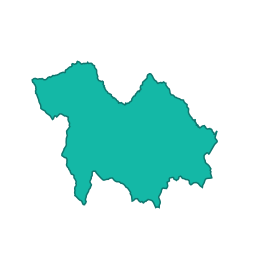 outline of Saraguro, Loja, Ecuador, rotated 333°
{"feature_id": "8360857B4776298104783", "entity_name": "Saraguro", "entity_type": "district", "adm_level": 2, "iso_a3": "ECU", "parent_name": "Ecuador", "parent_adm1": "Loja", "projection": "robinson", "projection_center": [-79.307, -3.527], "detail": "fine", "context": "isolated", "style": "filled", "palette": "teal", "viewbox_px": 256, "rotation_deg": 333, "n_neighbors": 0, "source": "geoboundaries", "source_scale": "gbopen_adm2", "svg_char_len": 5806}
<svg xmlns="http://www.w3.org/2000/svg" viewBox="0 0 256 256"><g transform="rotate(333 128 128)"><path d="M167.3,214.7L168.6,212.9L170.9,211.4L172.7,209.6L173.6,208.9L174.4,208.7L175.5,208.8L179.3,210.3L180.1,210.4L181.0,205.6L182.0,204.7L182.0,203.0L183.3,202.0L183.0,198.4L182.4,196.5L181.8,195.5L181.3,193.8L181.9,192.2L182.0,189.9L182.5,188.5L183.3,187.1L184.3,186.5L186.9,185.9L187.7,186.4L188.2,187.9L188.8,187.7L197.6,182.0L201.1,180.8L201.5,180.1L201.5,179.2L201.1,177.3L201.1,176.4L201.5,175.7L206.0,171.0L204.4,171.8L203.5,173.0L202.1,173.0L201.8,172.6L202.3,171.5L201.6,169.5L201.9,167.5L201.5,166.6L200.8,166.4L200.7,165.6L198.2,165.0L197.4,163.5L197.5,162.2L197.1,162.0L197.2,161.5L197.0,160.8L197.1,160.6L195.7,160.1L194.3,160.1L193.5,160.4L192.1,160.5L192.0,159.8L191.5,159.6L191.2,159.2L191.5,159.0L191.2,158.6L191.3,158.3L191.1,158.1L191.5,157.7L191.0,157.2L191.4,157.2L191.4,156.8L190.4,156.4L190.8,155.8L190.8,153.3L190.2,152.8L190.5,152.9L191.1,152.0L190.7,152.0L191.3,151.3L190.7,151.2L190.6,150.7L190.0,150.7L189.7,150.4L189.3,148.8L189.5,148.1L189.3,147.1L188.8,145.9L188.9,145.1L188.7,143.7L188.9,141.6L189.1,141.3L189.2,140.9L190.7,138.5L190.5,137.1L190.1,136.5L190.5,135.2L191.3,133.9L190.4,132.3L190.0,131.0L189.8,129.6L190.1,128.3L187.9,126.9L187.3,125.5L185.4,123.7L184.9,122.7L184.3,122.4L183.7,121.4L183.7,120.7L183.0,119.0L181.5,118.1L181.4,115.7L182.0,114.1L182.4,112.1L182.3,111.4L181.8,110.7L181.2,107.1L182.0,105.4L181.6,105.3L181.2,104.1L180.4,103.5L180.5,103.2L178.6,103.3L178.0,102.3L176.9,102.2L176.1,101.8L175.1,102.0L174.8,101.8L174.5,100.9L174.5,99.4L173.4,97.3L173.2,95.1L173.3,92.8L173.0,90.7L172.8,90.1L171.8,89.4L169.7,89.6L168.4,90.8L168.2,91.5L167.2,92.4L161.9,93.9L161.3,94.7L160.5,96.1L158.9,96.1L158.2,96.5L157.1,97.9L157.3,98.6L157.1,99.3L156.6,99.6L155.0,99.8L154.7,100.7L154.4,100.7L153.7,99.8L153.1,99.8L151.4,100.9L149.9,101.4L149.2,102.5L147.5,102.3L146.3,102.9L144.6,103.9L143.9,105.0L143.2,105.5L141.5,105.6L140.0,106.3L139.4,105.8L138.0,105.8L137.3,104.8L136.8,105.2L136.6,105.8L135.7,106.0L134.4,104.1L133.6,102.4L132.8,102.4L132.1,101.6L131.1,101.7L130.9,101.5L131.3,99.8L131.0,99.2L130.4,98.5L130.4,97.0L129.9,96.4L129.8,95.6L129.3,94.8L128.4,94.7L128.5,93.6L127.7,92.3L128.2,90.8L127.7,89.8L127.0,89.4L126.8,88.6L126.0,87.9L126.0,86.3L125.3,84.6L125.4,83.1L125.1,82.3L125.6,81.4L125.1,80.3L126.0,79.8L125.6,77.7L126.2,77.2L126.9,75.6L126.3,74.5L125.3,74.5L124.9,74.3L124.5,73.3L123.5,72.4L123.4,72.0L123.4,69.6L124.5,68.3L124.9,65.1L126.1,62.6L126.3,61.9L125.7,58.8L126.4,57.3L125.0,55.3L125.2,54.5L124.6,53.6L122.0,52.5L121.9,51.2L121.0,51.7L120.4,51.7L119.3,51.1L118.7,51.1L118.5,50.7L117.7,50.3L115.7,50.0L115.3,49.5L114.5,47.1L113.2,45.7L112.5,46.0L111.7,47.1L111.2,47.2L109.2,46.9L108.0,45.6L107.5,45.5L106.9,45.8L106.3,47.3L105.0,47.6L103.9,47.2L102.2,47.5L100.5,48.1L99.0,48.0L98.1,48.6L97.5,49.8L96.9,50.0L96.0,49.2L95.1,48.8L92.2,48.4L90.9,48.7L88.8,48.6L87.4,48.1L86.6,48.1L84.7,47.1L83.8,47.5L82.7,47.4L82.1,47.8L81.6,47.5L81.3,46.8L79.4,46.7L78.6,47.2L76.7,47.6L75.1,46.9L73.9,44.9L72.7,44.9L72.1,44.2L70.8,43.8L69.7,43.6L67.9,41.7L66.6,41.3L64.4,41.7L64.5,42.2L64.1,42.8L63.9,44.0L64.5,45.3L64.4,46.4L64.7,47.6L64.6,48.7L64.3,50.2L63.6,51.2L63.5,52.2L62.5,52.9L61.9,54.3L61.9,54.9L61.5,55.2L62.1,56.8L61.8,57.1L61.3,62.0L60.6,64.6L60.6,67.7L59.9,69.8L59.3,70.7L59.4,71.3L60.1,72.7L61.8,75.1L61.9,76.8L62.2,77.9L64.2,81.7L64.6,86.1L65.8,85.9L65.9,85.6L66.7,84.9L68.4,84.0L69.3,84.9L69.5,85.8L72.9,84.6L73.8,84.5L75.1,85.3L77.0,88.5L78.1,89.0L78.5,89.7L79.4,90.6L79.7,91.3L79.2,91.7L79.1,92.3L78.4,93.3L78.1,94.8L78.2,97.1L76.8,99.1L76.8,100.4L71.9,102.9L71.0,105.0L70.5,107.2L68.4,109.2L66.5,112.5L65.3,115.2L64.2,116.1L61.5,117.6L61.5,117.8L60.1,119.1L57.4,121.1L56.6,122.5L56.9,123.3L57.5,124.0L57.8,125.1L58.3,125.7L59.2,126.2L59.4,126.6L59.2,127.4L59.5,127.8L59.1,129.2L58.7,129.4L57.8,131.3L56.6,132.7L56.3,133.6L56.4,135.5L56.8,136.5L56.6,138.2L57.0,139.7L56.7,140.6L56.6,143.2L56.9,143.7L57.6,144.2L58.3,145.7L57.3,147.9L57.6,149.6L57.5,152.0L57.5,152.3L56.3,153.7L56.3,154.7L56.0,155.3L55.2,156.1L54.0,156.5L52.9,158.0L52.5,159.5L52.0,160.0L51.5,161.0L51.1,161.4L50.6,163.4L50.0,164.1L50.6,165.1L51.7,168.9L52.5,170.7L53.2,171.4L53.6,172.5L53.3,173.9L53.4,174.5L53.3,175.5L53.5,176.0L54.5,176.6L55.3,175.9L56.3,175.6L57.4,174.4L57.2,173.3L57.9,171.9L59.5,170.4L60.3,169.0L60.9,168.8L61.3,168.3L62.1,168.0L62.8,167.2L63.7,166.9L65.3,165.1L67.0,164.4L67.6,163.9L68.1,163.1L69.0,162.7L69.6,162.0L69.5,159.8L69.6,158.8L70.0,158.1L72.4,156.2L73.1,154.9L74.4,154.2L76.1,151.0L77.5,150.7L79.4,151.8L79.3,153.3L80.0,156.3L81.4,161.0L82.3,163.1L83.2,163.6L85.9,164.1L87.2,164.8L88.3,164.5L89.4,164.6L91.0,165.2L91.5,165.7L91.9,168.0L92.5,169.4L93.4,170.6L95.6,171.9L96.3,172.9L96.6,174.0L97.7,174.7L98.7,176.3L99.2,178.0L99.3,179.7L100.4,181.2L101.1,186.4L100.3,187.3L100.2,188.3L100.4,189.6L100.2,190.6L98.5,195.0L99.3,195.1L101.2,194.8L102.4,194.3L104.4,195.3L104.5,197.4L105.1,199.1L105.7,199.8L106.4,199.7L107.1,199.9L107.6,201.7L108.2,201.7L108.8,201.3L110.4,201.2L110.8,201.5L111.8,201.0L112.7,201.1L113.4,200.8L115.2,202.2L116.4,203.6L116.7,204.6L116.9,206.3L116.6,211.5L117.6,211.4L119.3,212.4L119.7,213.0L120.9,210.9L122.3,209.8L123.1,208.6L123.5,206.9L123.7,204.1L124.3,203.0L125.6,202.3L128.6,200.0L129.7,198.5L131.2,197.4L132.3,197.6L133.2,198.4L134.9,199.4L135.3,198.9L136.4,198.4L137.2,197.4L138.2,194.1L140.8,194.0L141.8,191.9L142.4,191.5L145.0,192.1L146.0,192.8L145.8,194.6L146.9,195.7L147.3,196.7L148.2,196.4L148.9,196.6L150.2,196.0L150.8,195.0L151.2,194.7L153.0,194.8L153.4,195.9L153.6,197.5L154.1,198.0L154.9,198.4L156.2,200.3L157.6,201.0L158.6,202.6L157.6,205.4L158.1,207.0L158.7,207.2L161.6,206.6L164.1,207.6L165.4,209.3L166.1,212.5L167.3,214.7Z" fill="#14b8a6" stroke="#0f766e" stroke-width="1.5"/></g></svg>